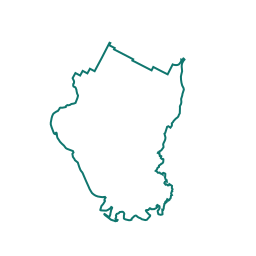 Kusilvak, Alaska, United States of America, rotated 300°
{"feature_id": "52423323B57268278189593", "entity_name": "Kusilvak", "entity_type": "district", "adm_level": 2, "iso_a3": "USA", "parent_name": "United States of America", "parent_adm1": "Alaska", "projection": "orthographic", "projection_center": [-164.106, 62.097], "detail": "fine", "context": "isolated", "style": "outline", "palette": "teal", "viewbox_px": 256, "rotation_deg": 300, "n_neighbors": 0, "source": "geoboundaries", "source_scale": "gbopen_adm2", "svg_char_len": 4155}
<svg xmlns="http://www.w3.org/2000/svg" viewBox="0 0 256 256"><g transform="rotate(300 128 128)"><path d="M143.5,55.1L141.6,57.8L140.9,58.3L139.9,58.7L139.3,58.8L139.0,58.6L138.7,58.6L137.2,59.4L136.9,59.8L136.7,60.1L136.7,60.5L136.9,61.9L136.8,62.2L136.6,62.6L135.1,64.4L134.6,64.7L132.4,66.7L131.2,68.4L130.9,68.6L128.7,69.2L123.5,70.0L122.1,68.9L120.6,67.1L120.2,66.8L119.0,66.2L118.1,65.3L117.7,64.7L117.5,64.0L115.8,63.3L115.0,63.6L114.1,62.6L112.6,60.8L112.0,59.6L111.9,59.4L111.8,59.2L111.1,58.9L110.2,59.0L107.5,58.7L106.8,58.0L105.1,57.1L103.3,56.3L102.4,56.2L100.4,56.4L98.4,56.9L94.1,58.4L92.5,59.3L90.5,61.4L86.5,66.3L86.3,66.7L86.2,67.5L86.3,67.9L87.1,67.6L88.0,68.1L87.9,68.8L85.0,71.0L84.1,72.0L82.7,74.9L82.2,75.7L81.4,78.3L80.7,81.5L80.3,82.3L79.5,84.3L79.5,84.9L79.5,85.7L80.5,91.8L79.6,93.0L77.7,92.8L75.8,94.5L75.5,94.6L74.3,97.2L73.6,98.1L73.0,101.8L70.0,105.1L68.0,107.6L67.2,109.1L66.7,110.6L65.9,111.8L64.9,113.1L61.1,118.2L57.5,123.2L56.0,125.2L54.9,127.1L53.7,129.3L53.3,131.4L53.2,133.7L53.6,136.1L54.7,139.0L55.3,140.4L56.8,142.5L56.5,143.4L54.8,143.3L53.8,143.6L53.6,143.8L53.6,144.2L53.3,144.5L53.0,144.6L49.7,144.5L47.2,144.0L43.4,144.9L43.1,145.1L43.1,145.6L43.2,145.9L45.5,150.4L45.9,150.8L47.6,151.9L49.9,152.9L51.2,153.0L51.2,154.0L50.9,154.2L48.4,154.5L46.5,155.1L45.1,155.5L44.6,155.8L44.0,156.0L41.7,156.3L41.5,155.8L41.5,154.1L41.8,151.5L41.8,150.7L41.5,150.6L41.2,151.1L41.0,152.0L40.1,159.0L40.1,159.4L40.2,159.8L40.5,161.3L40.7,161.9L40.9,163.6L41.4,164.2L42.1,165.0L43.1,165.0L43.1,164.4L42.7,163.1L43.2,162.5L44.4,162.4L45.4,162.1L45.8,161.7L46.0,161.4L46.5,161.2L48.0,161.2L49.4,162.5L51.1,162.9L52.6,164.9L52.8,165.5L52.7,166.3L52.1,167.5L51.4,167.9L51.1,167.9L49.8,168.4L47.6,169.7L47.5,170.3L47.5,170.7L47.6,171.6L48.6,174.9L49.2,175.9L50.0,176.7L50.4,176.9L50.6,176.7L51.3,176.5L55.0,177.6L55.8,178.2L56.1,178.6L56.2,179.2L56.0,179.9L55.8,181.1L55.8,182.2L56.1,184.0L55.9,185.5L56.9,189.0L57.9,190.2L60.8,190.8L62.0,191.1L63.0,191.1L63.5,190.8L63.7,189.2L64.9,185.6L65.4,184.8L66.0,184.8L67.3,186.7L68.5,186.8L69.4,187.0L69.5,187.2L69.6,187.7L69.6,187.9L69.3,188.4L69.3,188.6L69.5,189.1L70.9,191.3L72.8,192.5L74.2,193.0L74.7,191.7L76.0,191.9L76.0,193.3L76.0,194.3L75.6,194.7L74.5,195.4L73.9,195.5L72.0,195.4L71.6,195.2L71.0,195.2L70.5,195.5L68.7,197.2L68.6,197.4L68.6,197.7L69.2,199.8L70.4,201.0L70.6,201.0L74.4,198.5L74.7,199.4L76.3,199.1L77.9,198.3L78.9,198.1L80.5,197.4L81.4,197.9L81.8,197.6L82.6,198.1L82.7,197.3L83.4,197.4L84.2,198.2L84.2,197.8L86.0,197.6L86.0,199.3L86.4,199.8L87.2,199.7L88.6,200.0L91.0,199.0L91.9,199.6L92.8,198.1L94.3,197.7L95.4,198.0L95.9,197.3L97.3,197.2L97.9,196.0L99.9,195.0L100.1,191.8L98.8,192.0L98.2,191.3L98.5,189.6L97.7,188.9L98.5,187.0L99.8,186.9L100.6,187.7L100.9,188.5L102.2,187.5L102.1,186.5L104.0,184.4L104.5,184.5L106.9,183.3L107.1,182.6L106.8,181.0L106.0,180.6L105.0,181.3L105.1,180.2L104.8,178.8L105.2,177.6L104.2,176.4L104.7,174.7L104.7,173.4L106.4,173.8L108.2,173.5L109.8,174.3L110.9,173.6L113.2,174.7L113.7,174.7L114.7,175.5L116.2,175.5L118.6,174.3L118.7,173.7L118.1,172.7L118.4,171.4L120.2,171.0L120.3,170.1L119.7,169.5L120.8,168.6L121.4,167.6L121.3,166.3L122.0,166.3L122.3,167.6L123.4,166.9L125.3,168.0L129.0,168.4L130.0,167.8L131.1,166.8L132.2,166.4L135.2,166.2L136.6,166.0L138.1,165.4L138.6,165.1L141.3,162.4L142.3,162.7L148.6,161.3L149.7,162.1L149.5,164.6L151.8,164.8L152.7,164.5L153.9,163.6L155.7,164.0L157.0,164.0L159.9,164.7L162.0,165.6L163.2,165.8L164.8,165.5L166.6,165.5L171.3,163.0L172.5,162.2L173.5,162.0L175.4,161.9L177.2,161.2L179.7,159.5L183.3,158.7L184.8,158.1L189.1,157.2L190.3,156.2L191.9,153.7L193.9,151.7L196.3,149.8L199.0,148.1L201.7,147.2L204.2,146.5L208.0,143.8L209.6,143.0L211.2,142.5L213.7,142.4L215.5,142.7L215.9,141.6L215.9,141.2L214.1,140.9L213.9,139.9L212.9,140.5L211.9,140.7L209.7,140.5L208.5,140.2L207.5,139.5L206.5,138.2L205.6,136.1L205.4,134.9L194.3,135.5L193.9,128.7L193.5,119.4L189.7,119.6L188.8,100.9L188.6,98.1L190.1,98.1L189.1,76.6L190.6,76.5L190.3,70.3L192.7,70.2L192.6,69.4L175.9,70.2L160.5,70.7L160.3,65.4L155.0,65.5L154.8,60.2L149.5,60.3L149.3,55.0L143.5,55.1Z" fill="none" stroke="#0f766e" stroke-width="2"/></g></svg>